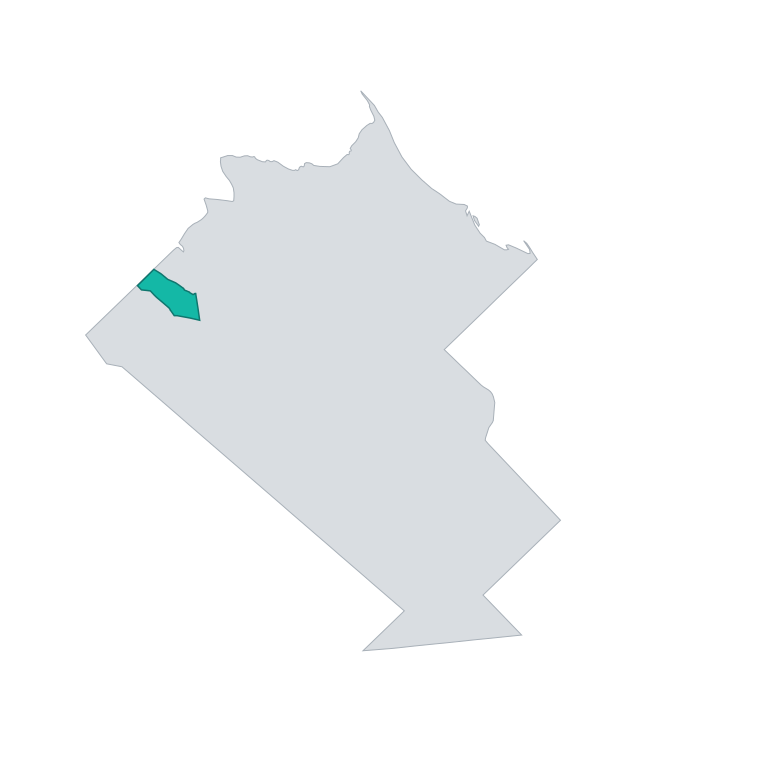 location of Timbedgha, Hodh ech Chargui, Mauritania, rotated 136°
{"feature_id": "47542326B26087332325113", "entity_name": "Timbedgha", "entity_type": "district", "adm_level": 2, "iso_a3": "MRT", "parent_name": "Mauritania", "parent_adm1": "Hodh ech Chargui", "projection": "equal_earth", "projection_center": [-8.178, 16.265], "detail": "fine", "context": "in_parent", "style": "filled", "palette": "teal", "viewbox_px": 768, "rotation_deg": 136, "n_neighbors": 0, "source": "geoboundaries", "source_scale": "gbopen_adm2", "svg_char_len": 3894}
<svg xmlns="http://www.w3.org/2000/svg" viewBox="0 0 768 768"><g transform="rotate(136 384 384)"><path d="M338.6,657.3L337.9,657.0L334.4,653.7L332.7,649.9L329.9,647.0L326.0,645.1L323.5,642.9L322.4,640.4L321.0,638.7L319.5,637.9L319.3,637.0L319.7,635.7L319.4,633.5L317.1,628.4L315.0,626.1L313.2,626.5L312.2,625.8L311.6,624.7L311.4,623.1L310.1,621.7L308.0,621.1L306.3,617.3L305.1,610.4L303.4,605.1L301.4,601.2L299.9,599.8L298.8,599.6L298.5,599.0L298.2,597.8L296.6,597.4L294.3,598.6L292.3,598.2L291.3,596.3L289.9,596.2L288.1,597.7L286.2,597.3L284.0,594.8L282.9,592.4L282.7,590.0L279.0,585.1L272.0,577.9L264.3,574.5L255.8,575.0L251.1,574.7L250.1,573.5L249.1,573.6L248.0,574.9L246.9,575.2L245.7,574.5L245.0,575.0L244.7,576.9L241.7,577.8L236.1,577.9L231.5,579.0L228.0,581.2L223.1,582.2L216.7,581.9L212.9,581.1L211.6,579.7L209.8,579.4L207.4,580.1L205.3,583.7L203.3,590.1L201.7,593.8L200.5,594.7L199.1,599.5L198.3,607.6L197.1,611.1L197.4,591.1L199.3,583.6L200.0,577.0L204.1,562.5L208.9,550.6L213.4,534.8L215.3,519.6L215.0,504.6L213.9,491.4L211.9,482.6L210.0,469.9L207.1,463.3L201.6,457.4L200.4,454.0L201.7,452.8L205.1,451.9L207.4,447.3L202.7,449.1L208.3,435.2L210.1,425.7L210.0,419.5L211.1,415.7L207.2,407.4L204.2,396.9L202.6,395.3L200.9,394.4L200.7,396.8L199.8,399.0L197.8,397.7L194.5,390.1L189.9,377.8L188.2,376.5L186.8,378.2L185.8,379.8L184.0,390.1L183.6,386.0L184.4,381.2L185.7,375.3L187.2,367.1L191.4,367.1L198.9,367.0L214.0,367.0L221.5,367.0L236.6,367.0L244.1,367.0L259.2,366.9L266.7,366.9L281.8,366.9L289.3,366.9L304.3,366.9L311.9,366.9L316.8,366.9L316.6,361.0L316.4,356.4L316.2,350.1L316.0,343.9L315.7,337.7L315.5,331.9L315.3,326.1L315.1,320.7L314.9,315.8L314.5,312.9L313.0,307.3L312.7,304.5L313.1,301.6L314.2,298.8L317.2,293.7L321.7,289.8L326.8,285.3L330.8,281.8L332.8,281.0L338.9,279.8L343.7,277.2L348.4,274.7L350.3,273.2L350.6,268.5L351.7,163.4L374.6,163.4L380.6,163.4L422.7,163.4L428.8,163.4L459.4,163.4L459.4,158.5L459.4,151.4L459.4,141.7L459.4,132.0L459.4,115.0L459.4,107.8L465.5,112.6L477.6,122.1L483.6,126.8L495.7,136.4L507.9,145.9L520.1,155.4L526.1,160.2L532.2,165.0L538.3,169.8L544.4,174.6L556.7,184.1L561.8,188.1L569.7,194.6L577.0,200.6L584.4,206.7L573.1,206.7L557.9,206.7L547.6,206.7L537.0,206.7L527.0,206.7L527.9,216.6L528.9,227.5L529.9,238.3L530.9,249.1L531.8,260.0L534.8,292.6L535.7,303.4L536.7,314.3L537.7,325.2L538.7,336.2L540.7,358.0L541.6,369.0L542.6,380.0L543.6,390.9L544.6,401.9L545.6,412.9L547.6,434.9L548.6,445.9L549.6,456.9L550.6,468.0L551.6,479.0L552.6,490.1L553.5,501.1L554.5,512.2L556.5,534.4L557.5,545.5L558.5,556.6L559.5,567.7L560.5,578.4L564.5,584.1L569.5,591.2L568.1,601.3L566.4,613.3L564.6,626.5L550.7,626.5L537.1,626.5L503.1,626.5L496.3,626.5L462.3,626.5L455.5,626.5L442.4,626.5L438.5,626.2L437.1,625.2L436.6,618.4L435.4,618.8L434.0,620.8L433.3,623.0L433.6,625.8L433.3,628.2L429.0,629.1L423.1,630.7L416.8,632.0L410.6,631.5L408.4,631.0L406.1,630.1L401.2,629.1L398.4,629.0L395.3,629.2L391.7,629.8L390.5,631.0L387.7,636.1L385.0,642.0L383.2,642.0L381.2,638.7L375.9,632.7L369.4,624.7L366.4,620.7L364.8,620.2L361.7,623.0L359.0,625.8L356.2,629.7L354.9,633.4L353.8,637.8L353.4,642.9L352.3,649.0L350.0,653.8L347.3,657.5L345.3,659.2L344.5,660.2L338.6,657.3ZM205.3,438.8L203.1,443.1L202.2,441.4L201.9,438.6L203.8,434.5L204.7,432.4L206.4,431.7L205.3,438.8Z" fill="#d9dde1" stroke="#a8b0b8" stroke-width="1"/><path d="M487.4,613.3L487.4,611.9L487.5,607.6L487.4,604.3L486.6,596.6L485.8,588.0L486.1,586.1L486.4,585.8L486.5,584.5L486.6,583.9L487.4,578.9L485.0,576.5L485.0,576.4L477.7,566.2L472.3,557.9L472.1,558.2L465.3,567.6L460.2,574.8L457.5,578.7L456.6,579.9L457.1,580.4L457.9,580.7L458.4,580.5L459.3,581.1L459.6,582.4L460.2,584.2L460.1,585.2L460.6,586.3L462.3,590.3L461.9,591.5L461.8,591.8L462.7,597.1L463.6,601.5L466.9,609.5L467.8,617.9L469.9,626.3L493.0,626.0L493.1,620.2L489.6,616.0L487.4,613.3L487.4,613.3Z" fill="#14b8a6" stroke="#0f766e" stroke-width="1.5"/></g></svg>